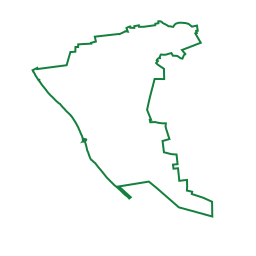 outline of Hunucmá, Yucatán, Mexico, rotated 261°
{"feature_id": "50627088B21160446054995", "entity_name": "Hunucmá", "entity_type": "district", "adm_level": 2, "iso_a3": "MEX", "parent_name": "Mexico", "parent_adm1": "Yucatán", "projection": "natural_earth1", "projection_center": [-89.972, 21.073], "detail": "fine", "context": "isolated", "style": "outline", "palette": "green", "viewbox_px": 256, "rotation_deg": 261, "n_neighbors": 0, "source": "geoboundaries", "source_scale": "gbopen_adm2", "svg_char_len": 4933}
<svg xmlns="http://www.w3.org/2000/svg" viewBox="0 0 256 256"><g transform="rotate(261 128 128)"><path d="M220.3,205.1L221.3,204.1L221.7,203.5L222.6,201.3L223.6,197.4L223.9,195.2L224.0,193.9L223.5,191.4L222.7,190.2L220.8,188.4L221.9,185.3L222.1,184.0L223.3,182.7L224.0,181.9L225.0,180.5L226.2,178.8L227.6,177.8L228.4,176.4L228.6,174.6L226.7,174.4L226.7,171.3L225.3,171.0L225.3,169.8L225.5,159.5L225.9,156.6L226.2,154.7L227.7,154.8L227.6,150.2L225.9,149.9L226.6,146.0L227.9,146.1L227.9,145.9L227.9,145.2L227.7,144.5L227.4,143.2L227.0,142.1L223.2,142.9L224.0,140.5L223.8,140.4L222.1,134.5L222.0,134.3L222.3,133.6L223.4,109.5L218.4,109.8L217.9,104.9L217.1,104.9L217.7,98.8L217.8,98.4L218.4,91.9L215.8,91.4L216.2,88.8L211.6,87.9L212.0,83.0L209.7,81.9L199.6,77.2L200.0,63.4L200.4,47.6L201.5,47.7L201.0,46.1L200.0,42.8L198.3,43.3L198.2,43.5L197.2,43.9L196.2,44.3L195.7,44.5L194.9,44.6L194.3,44.9L193.7,45.1L192.7,45.6L192.1,45.8L191.4,46.2L190.3,46.6L189.5,46.9L188.8,47.4L188.8,47.5L189.0,47.5L189.2,47.4L189.4,47.4L189.5,47.5L189.6,47.8L189.5,48.0L189.4,48.0L189.3,47.9L189.1,47.8L188.9,47.7L188.5,47.8L188.2,47.8L187.9,47.9L187.6,47.9L187.4,48.1L187.1,48.4L186.8,48.5L186.7,48.6L186.3,48.7L186.1,48.8L185.6,49.0L185.3,49.2L185.0,49.3L184.7,49.4L184.6,49.5L184.3,49.6L184.2,49.7L183.9,49.9L183.4,50.1L182.7,50.5L182.0,51.0L181.1,51.4L180.4,51.9L179.5,52.4L178.8,52.8L177.8,53.3L177.2,53.6L176.6,53.9L175.2,54.7L173.3,56.0L173.2,56.1L172.8,56.3L172.5,56.5L171.7,57.1L170.5,58.1L169.3,58.9L168.8,59.3L168.4,59.6L167.9,59.9L167.4,60.3L166.9,60.6L166.1,61.2L165.1,62.0L164.9,62.2L164.5,62.6L163.9,63.0L163.6,63.2L163.5,63.4L163.1,63.7L162.6,64.3L162.5,64.5L162.0,64.9L160.8,65.5L159.4,66.4L158.8,66.7L158.4,67.0L157.8,67.5L156.5,68.4L155.6,68.9L154.7,69.5L153.7,70.2L152.3,71.3L149.6,73.3L148.8,73.7L148.8,73.8L148.5,74.0L147.9,74.3L146.8,74.8L146.0,75.2L145.0,75.6L144.6,75.8L144.0,76.1L143.0,76.5L142.6,76.7L142.3,76.8L141.9,77.0L140.8,77.3L140.3,77.6L139.3,77.9L137.6,78.5L137.0,78.7L136.5,78.9L135.7,79.1L134.8,79.3L133.6,79.6L132.7,79.9L132.3,80.0L130.9,80.3L129.5,80.6L129.2,80.7L129.1,80.8L128.7,80.9L128.4,81.0L127.8,81.2L126.8,81.4L126.0,81.5L124.7,81.6L123.2,81.5L122.0,81.4L121.9,81.3L122.0,81.8L122.1,82.3L122.3,82.7L122.4,82.8L122.3,83.0L122.4,83.4L122.4,83.6L122.5,83.7L122.9,83.6L123.1,83.5L123.4,83.5L123.5,83.5L123.8,83.5L123.7,83.7L123.4,83.8L123.5,84.4L123.4,84.5L123.2,83.9L122.9,83.8L123.1,84.6L122.9,84.6L122.7,83.9L122.4,83.9L122.4,84.0L122.5,84.5L122.3,84.5L122.2,84.4L122.2,84.0L122.1,83.9L122.1,83.7L122.0,83.1L121.9,83.1L121.9,82.4L121.8,82.1L121.7,82.1L121.8,82.4L121.7,83.0L121.8,83.1L120.4,83.4L119.6,83.6L119.2,83.7L118.6,83.7L118.2,83.8L117.2,83.9L116.1,84.0L113.5,84.1L112.5,84.2L112.1,84.3L111.9,84.3L111.5,84.4L110.9,84.6L110.3,84.8L109.6,84.9L109.0,85.0L108.1,85.1L107.9,85.2L107.6,85.2L107.5,85.3L107.1,85.3L106.8,85.4L106.4,85.5L105.9,85.5L105.6,85.6L104.0,86.0L102.7,86.5L102.4,86.7L102.0,87.0L101.8,87.3L101.6,87.5L101.2,87.8L100.8,88.1L100.6,88.2L100.5,88.3L100.1,88.6L99.6,88.9L99.4,89.2L99.3,89.3L99.1,89.6L98.4,90.1L97.3,90.7L95.9,91.5L94.1,92.5L92.7,93.3L91.3,94.2L85.4,97.6L83.2,98.8L81.5,99.9L80.3,100.8L78.9,101.8L78.3,102.3L78.0,102.4L77.5,102.8L77.0,103.2L76.4,103.6L75.9,104.0L75.3,104.4L73.8,105.5L72.9,106.3L72.3,106.9L70.4,108.5L68.7,109.9L67.7,110.7L67.0,111.2L65.6,112.3L64.8,112.8L63.0,114.3L62.0,115.1L60.7,116.4L59.7,117.2L58.2,118.2L59.2,119.9L71.7,109.8L71.8,140.2L64.4,146.8L41.7,165.8L27.4,197.4L42.0,199.5L47.4,191.3L52.8,180.7L55.0,181.4L57.0,176.4L61.1,177.3L67.5,178.1L67.8,170.4L71.1,170.6L80.4,171.1L80.7,166.6L84.8,166.7L84.5,171.3L94.2,171.8L95.4,166.8L95.8,165.8L98.4,159.7L109.8,160.1L109.9,161.3L110.6,167.2L112.0,167.0L112.3,166.9L120.8,165.6L123.6,165.3L124.4,165.6L126.7,166.1L126.9,164.7L127.1,163.3L128.2,159.2L128.4,158.8L129.6,155.8L130.2,150.9L132.6,150.8L132.4,152.1L133.8,151.8L139.4,150.5L143.0,149.7L151.7,153.1L156.5,155.1L160.5,156.8L161.9,157.5L162.1,157.5L163.6,158.2L164.7,158.7L165.1,158.9L171.3,161.5L172.2,162.0L171.8,164.5L170.7,171.4L171.2,171.5L172.4,171.6L173.5,171.8L174.7,171.9L175.8,172.1L176.2,172.1L177.0,172.3L178.2,172.4L180.7,172.8L180.8,172.8L181.7,171.8L181.8,171.8L184.5,168.8L186.2,167.1L187.7,165.9L187.8,165.9L188.0,166.1L188.1,166.4L188.4,166.6L188.6,167.0L188.9,167.4L189.4,168.0L190.2,167.0L190.3,166.9L190.7,167.2L191.0,167.5L191.3,167.8L191.6,168.2L192.2,169.2L192.0,170.5L193.5,170.6L195.4,171.9L195.4,172.0L195.2,172.9L194.9,174.1L194.7,175.2L194.5,176.4L194.6,177.4L194.7,178.4L194.9,179.5L195.0,180.6L195.1,181.7L195.2,182.6L192.4,183.6L192.2,184.7L191.9,186.2L191.6,187.3L191.3,188.2L190.0,189.5L188.7,190.9L188.6,191.1L188.3,191.9L188.0,192.6L191.2,194.6L191.3,194.8L191.5,195.3L191.7,195.6L192.1,196.2L192.7,195.9L193.5,195.3L196.6,193.5L200.8,213.2L210.8,209.3L210.9,210.8L212.6,210.8L212.6,210.4L213.3,210.5L213.2,212.1L218.4,212.1L218.1,207.0L220.3,205.1Z" fill="none" stroke="#15803d" stroke-width="2"/></g></svg>